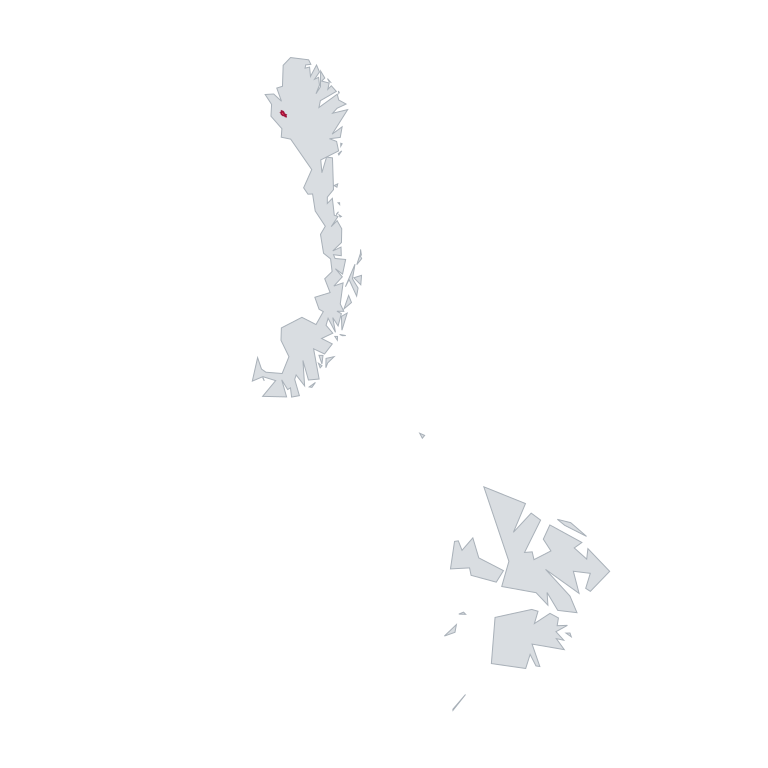 location of Eidsvoll nor, Akershus, Norway, rotated 145°
{"feature_id": "86288312B15837471533028", "entity_name": "Eidsvoll nor", "entity_type": "district", "adm_level": 2, "iso_a3": "NOR", "parent_name": "Norway", "parent_adm1": "Akershus", "projection": "mercator", "projection_center": [11.199, 60.416], "detail": "fine", "context": "in_parent", "style": "filled", "palette": "rose", "viewbox_px": 768, "rotation_deg": 145, "n_neighbors": 0, "source": "geoboundaries", "source_scale": "gbopen_adm2", "svg_char_len": 4869}
<svg xmlns="http://www.w3.org/2000/svg" viewBox="0 0 768 768"><g transform="rotate(145 384 384)"><path d="M405.6,471.7L392.2,478.1L394.3,482.5L390.9,494.7L375.7,489.8L372.2,504.2L362.0,505.9L356.0,517.1L358.5,525.8L350.2,543.0L341.6,546.9L341.1,565.2L333.5,580.6L337.4,583.1L337.3,590.8L320.2,601.1L320.0,638.1L326.6,645.1L321.2,651.7L323.0,668.2L315.7,677.5L315.3,689.3L308.0,684.8L305.8,674.4L302.1,687.9L296.4,686.1L283.8,702.9L273.3,705.0L259.8,692.8L260.6,687.8L265.1,690.3L267.5,688.0L263.2,686.3L267.8,678.1L256.3,684.0L257.9,676.6L266.1,673.5L261.7,672.7L265.4,665.9L273.2,660.8L265.6,663.9L256.4,676.7L257.0,668.6L261.3,667.9L256.3,662.0L261.0,657.6L256.1,658.5L255.2,651.0L273.6,652.6L278.7,647.8L256.1,648.2L258.2,642.6L254.5,635.1L264.3,636.8L270.8,635.3L256.4,629.6L283.2,618.4L270.8,618.7L278.4,611.1L288.0,616.2L283.7,609.9L287.5,601.0L307.3,603.8L313.7,592.7L300.9,602.8L296.5,598.8L313.9,572.2L323.2,569.6L326.9,564.4L319.8,565.7L327.9,550.8L325.7,547.6L337.0,543.2L328.7,544.7L329.6,535.4L337.7,524.3L349.6,522.4L340.7,520.8L345.4,513.6L351.2,518.9L352.1,514.9L344.0,508.0L354.9,497.8L357.7,506.3L356.7,495.7L368.9,493.0L359.5,490.3L373.9,474.7L375.3,466.6L380.8,470.6L378.6,466.1L388.3,457.9L387.9,467.8L394.1,454.2L392.1,469.9L397.8,465.3L396.8,455.0L409.0,457.1L403.4,446.5L415.5,442.7L421.5,453.2L434.3,425.3L443.6,430.6L436.9,449.8L450.1,428.0L450.8,441.8L454.5,439.0L460.0,423.0L467.2,426.3L462.8,434.5L466.1,434.7L465.4,446.1L471.2,429.3L490.5,443.5L470.8,448.9L479.0,459.5L490.2,461.9L472.4,478.1L475.8,466.5L474.0,461.4L461.4,451.0L446.2,460.9L443.3,478.9L435.9,488.8L413.0,485.7L405.6,471.7ZM357.1,86.0L371.5,98.9L370.0,119.7L376.6,108.8L379.1,125.8L403.7,150.6L383.4,167.1L361.2,242.5L336.7,204.9L363.1,188.3L337.5,193.8L333.8,182.7L365.5,165.4L358.9,161.5L361.9,154.1L343.0,151.5L342.5,165.5L329.0,173.4L312.8,140.7L322.2,140.6L318.4,124.3L311.4,132.2L306.6,101.1L333.9,95.8L336.0,100.9L323.6,110.6L336.3,122.0L344.3,100.6L358.0,139.5L353.3,103.6L357.1,86.0ZM388.7,63.0L411.9,86.0L418.4,63.2L421.2,65.9L419.4,78.7L431.1,69.7L456.4,93.4L426.9,129.1L392.3,114.6L388.2,109.5L398.2,101.5L379.6,100.9L375.3,92.3L380.8,86.7L372.2,81.1L385.2,82.5L383.7,71.0L388.9,76.6L388.7,63.0ZM405.7,157.3L422.4,177.3L419.4,184.3L435.6,194.4L416.5,214.6L413.1,212.9L415.5,203.0L399.5,207.0L406.1,187.2L393.2,162.6L405.7,157.3ZM352.7,489.6L359.8,485.8L339.0,498.8L349.5,488.3L350.2,477.5L356.0,471.7L352.7,489.6ZM363.9,469.4L373.7,468.5L362.2,476.8L363.9,469.4ZM373.5,463.2L387.6,452.2L380.1,463.8L373.5,463.2ZM305.5,143.0L317.0,164.5L319.6,173.7L310.6,163.3L305.5,143.0ZM346.1,478.6L347.8,488.3L340.1,485.9L346.1,478.6ZM422.3,430.7L416.8,438.2L409.2,435.0L418.0,433.6L422.3,430.7ZM423.3,436.1L420.8,444.8L417.6,442.4L423.3,436.1ZM330.4,499.5L337.8,497.4L329.7,503.5L330.4,499.5ZM514.1,78.1L495.3,82.9L514.7,77.1L514.1,78.1ZM468.3,139.9L479.1,142.9L462.7,145.4L468.3,139.9ZM439.3,424.6L445.0,422.6L446.9,424.5L439.3,424.6ZM427.0,433.9L425.8,438.6L424.3,434.5L427.0,433.9ZM397.1,446.6L397.0,451.2L394.8,449.6L397.1,446.6ZM383.7,317.6L383.0,323.2L380.2,318.6L383.7,317.6ZM454.7,152.6L449.7,151.5L449.2,148.5L454.7,152.6ZM309.7,572.2L311.1,575.2L307.1,574.5L309.7,572.2ZM387.5,445.6L390.3,447.4L391.9,450.0L387.5,445.6ZM375.6,69.5L377.8,75.6L374.5,73.3L375.6,69.5ZM289.4,598.9L284.9,599.2L289.6,597.5L289.4,598.9ZM283.0,603.6L281.3,606.0L280.5,604.8L283.0,603.6ZM328.5,504.4L326.0,507.7L328.8,502.2L328.5,504.4ZM255.5,663.1L255.1,666.6L254.7,662.0L255.5,663.1ZM323.8,548.2L322.8,545.7L324.2,545.9L323.8,548.2ZM480.3,455.2L479.7,458.9L479.5,458.2L480.3,455.2ZM325.1,550.6L322.5,551.2L325.6,550.0L325.1,550.6ZM317.4,556.4L317.7,558.8L316.4,558.0L317.4,556.4ZM254.3,648.0L253.3,650.2L253.5,648.4L254.3,648.0Z" fill="#d9dde1" stroke="#a8b0b8" stroke-width="1"/><path d="M310.3,664.2L310.4,664.6L310.4,665.0L310.5,665.1L310.5,665.3L310.6,665.5L310.8,665.7L311.0,665.5L311.1,665.8L311.2,665.7L311.3,665.7L311.4,665.8L311.5,665.9L311.6,666.0L311.7,665.9L311.8,665.9L311.8,666.0L311.9,665.9L311.8,665.7L312.0,665.5L312.3,665.5L312.4,665.4L312.5,665.4L312.4,665.3L312.4,665.2L312.5,665.2L312.8,665.0L312.8,664.9L313.0,664.7L313.1,664.4L313.2,664.2L313.2,663.9L313.3,663.7L313.3,663.8L313.3,663.7L313.2,663.4L313.1,663.1L313.0,662.8L312.9,662.6L312.9,662.4L312.7,662.0L312.7,661.9L312.4,661.7L312.2,661.6L312.0,661.3L311.8,661.2L311.7,661.1L311.4,660.9L311.5,660.7L311.5,660.3L311.5,659.9L311.2,659.5L310.9,659.1L310.7,659.3L310.6,659.5L310.5,659.8L310.5,660.0L310.5,659.9L310.5,660.0L310.4,660.0L310.5,660.0L310.4,660.1L310.4,660.3L310.4,660.5L310.2,660.7L310.2,660.8L310.2,661.0L310.3,661.1L310.2,661.1L310.3,661.2L310.3,661.3L310.3,661.5L310.5,661.8L310.5,662.0L310.7,662.3L310.7,662.6L310.8,662.8L310.8,663.0L310.7,663.1L310.6,663.3L310.5,663.5L310.4,663.6L310.4,663.8L310.5,663.8L310.4,664.0L310.3,664.2Z" fill="#f43f5e" stroke="#9f1239" stroke-width="1.5"/></g></svg>